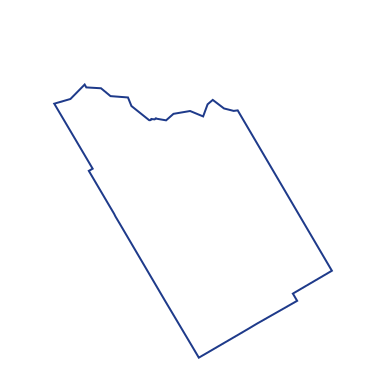 outline of Nevada, Arkansas, United States of America, rotated 328°
{"feature_id": "52423323B31821089885349", "entity_name": "Nevada", "entity_type": "district", "adm_level": 2, "iso_a3": "USA", "parent_name": "United States of America", "parent_adm1": "Arkansas", "projection": "equal_earth", "projection_center": [-93.306, 33.699], "detail": "fine", "context": "isolated", "style": "outline", "palette": "blue", "viewbox_px": 384, "rotation_deg": 328, "n_neighbors": 0, "source": "geoboundaries", "source_scale": "gbopen_adm2", "svg_char_len": 818}
<svg xmlns="http://www.w3.org/2000/svg" viewBox="0 0 384 384"><g transform="rotate(328 192 192)"><path d="M110.4,319.6L110.0,336.1L161.2,337.7L178.0,338.1L223.5,340.0L223.7,331.6L268.9,332.9L274.0,147.0L270.3,145.3L263.4,138.1L258.4,124.9L251.7,125.9L241.5,133.8L233.3,122.3L217.7,115.9L208.0,117.5L200.6,110.9L200.5,110.4L200.3,110.3L200.1,110.3L199.6,110.6L199.3,110.6L198.8,110.6L198.5,110.4L198.3,110.2L197.5,109.6L197.0,109.3L196.8,109.1L196.6,108.7L196.3,108.6L196.1,108.5L195.9,108.6L195.7,108.8L195.4,108.9L195.3,109.0L195.1,109.1L194.6,108.9L194.2,108.7L193.7,108.3L186.2,87.0L187.8,77.9L173.7,67.5L169.8,55.8L157.8,47.3L157.9,44.0L138.2,48.7L122.0,44.1L120.1,119.6L115.7,119.4L114.6,160.9L114.4,169.1L114.1,172.2L113.9,181.5L111.5,269.5L110.4,319.6Z" fill="none" stroke="#1e3a8a" stroke-width="2"/></g></svg>